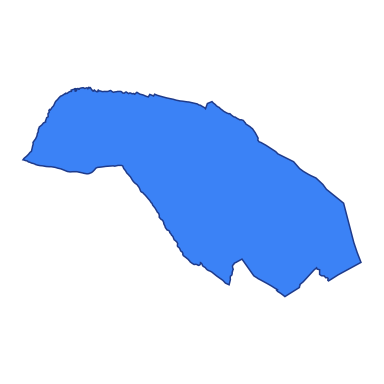 outline of Negresti, Neamt, Romania
{"feature_id": "2599482B27531373518926", "entity_name": "Negresti", "entity_type": "district", "adm_level": 2, "iso_a3": "ROU", "parent_name": "Romania", "parent_adm1": "Neamt", "projection": "equal_earth", "projection_center": [26.323, 47.038], "detail": "fine", "context": "isolated", "style": "filled", "palette": "blue", "viewbox_px": 384, "rotation_deg": 0, "n_neighbors": 0, "source": "geoboundaries", "source_scale": "gbopen_adm2", "svg_char_len": 5687}
<svg xmlns="http://www.w3.org/2000/svg" viewBox="0 0 384 384"><path d="M357.2,252.6L353.8,242.5L343.6,203.2L326.4,189.3L322.9,184.5L316.0,178.0L311.2,175.8L308.5,174.4L303.4,171.4L299.6,168.6L293.6,161.7L277.9,153.9L275.7,151.6L266.0,145.3L260.8,142.4L259.2,141.9L257.8,140.2L258.1,138.1L255.2,132.7L252.4,128.6L251.6,128.1L249.9,126.6L246.0,124.1L245.6,123.5L245.1,122.6L244.6,122.2L244.3,121.7L243.2,120.4L241.0,119.7L240.0,119.9L236.8,118.2L235.4,117.2L235.2,117.1L234.7,117.1L233.8,116.8L233.1,116.4L231.3,115.0L230.7,114.5L230.6,114.3L229.8,113.6L229.0,113.8L227.0,113.1L223.9,111.4L223.2,110.9L222.6,110.3L221.3,109.4L220.3,108.6L219.9,108.2L219.3,107.5L218.2,107.0L216.2,105.7L215.7,104.9L214.5,103.9L213.5,103.2L212.0,101.6L207.4,103.5L205.5,108.7L204.7,107.8L201.2,105.8L200.6,105.3L199.0,105.0L197.2,103.9L188.9,102.0L187.4,101.9L182.7,101.2L179.7,100.9L178.9,100.7L176.3,100.2L173.3,99.3L166.6,97.9L159.6,96.0L157.3,95.3L154.6,94.2L153.6,96.0L149.8,94.4L148.3,96.9L146.2,96.3L143.0,94.9L139.8,94.1L136.9,92.3L136.5,92.7L135.2,93.6L134.8,94.3L134.4,94.2L134.1,94.0L133.7,93.5L133.3,93.5L132.5,93.8L131.8,93.7L131.2,93.3L130.4,93.0L129.9,92.9L128.6,93.6L126.2,92.0L125.4,92.2L124.4,93.1L123.9,93.2L123.3,93.0L122.6,92.9L121.6,91.8L121.0,91.5L120.3,91.4L119.2,91.4L118.7,91.5L118.3,91.4L117.7,91.4L116.8,91.7L114.4,92.0L113.7,92.3L113.4,92.3L112.1,91.6L111.6,91.3L111.0,90.7L110.5,90.5L109.8,90.7L108.7,91.2L108.0,91.4L107.3,91.5L105.7,91.5L104.9,91.4L103.0,91.6L102.5,91.6L101.9,91.5L100.5,91.0L99.2,90.9L98.9,90.7L98.5,90.1L98.3,90.0L98.1,90.1L97.9,90.5L98.0,91.0L98.0,91.5L97.4,91.7L96.6,91.7L95.9,91.2L95.1,90.9L94.6,90.2L94.3,90.0L93.6,91.0L93.3,91.1L93.0,91.1L92.8,90.5L92.7,90.4L92.0,90.1L91.9,89.9L91.4,89.3L91.2,88.9L90.9,88.5L90.4,88.2L90.0,88.1L90.4,87.9L90.5,87.8L90.4,87.6L89.8,87.5L89.1,87.6L88.7,87.4L88.0,88.5L87.9,88.2L87.6,88.2L87.0,87.8L86.4,87.9L84.9,88.5L84.4,88.4L84.2,88.2L83.8,87.9L83.1,87.7L82.5,87.8L81.1,88.0L80.4,88.2L79.4,88.6L79.3,88.9L79.3,89.2L79.0,89.3L78.7,89.3L78.5,89.2L78.3,88.8L78.0,88.5L77.4,88.6L76.8,89.1L76.5,90.4L76.2,90.9L75.4,91.2L75.1,91.1L75.0,90.8L75.5,89.9L75.8,88.7L75.1,88.6L74.6,88.8L74.4,89.2L74.2,89.3L73.7,89.3L71.2,90.1L71.4,90.9L71.4,91.4L70.3,91.4L69.1,91.9L68.1,92.6L67.2,93.4L66.6,93.3L66.0,93.6L65.3,93.8L65.3,93.5L61.9,95.7L60.5,96.2L58.7,98.1L57.6,99.5L56.1,100.9L55.5,101.7L55.2,102.2L53.6,105.8L52.0,107.5L51.4,108.5L50.8,109.3L50.4,109.8L50.3,109.6L49.7,109.4L49.3,109.8L48.9,110.5L49.2,112.1L48.8,112.8L48.1,113.4L48.0,113.8L48.0,114.3L48.1,115.4L48.2,116.2L48.2,116.6L47.9,117.0L46.7,117.6L46.1,119.4L45.6,120.6L45.5,121.3L45.6,121.9L45.1,122.0L44.6,122.5L43.5,122.9L41.8,125.0L39.2,127.1L39.1,127.9L38.7,128.6L38.4,129.4L38.2,131.2L38.2,131.9L37.6,133.0L37.2,134.0L37.2,134.9L36.7,136.5L35.6,138.8L34.4,140.4L33.0,142.4L33.2,144.1L32.6,146.0L32.2,148.0L31.4,151.3L30.0,152.4L28.5,154.3L26.5,156.3L24.9,157.6L23.9,158.5L23.0,159.8L24.0,160.0L25.5,160.6L27.0,160.9L27.5,161.1L28.2,161.8L28.6,162.0L29.7,162.2L31.6,163.1L33.3,163.5L33.6,163.6L34.8,164.0L35.5,164.5L35.9,164.6L37.5,165.1L39.9,165.6L42.4,165.8L46.1,166.5L49.0,166.7L50.5,166.7L51.1,166.7L55.3,167.4L57.9,168.2L61.0,168.9L67.4,171.5L70.1,171.9L72.9,171.7L76.9,171.7L82.5,172.9L83.9,173.3L86.8,173.8L87.7,173.8L89.0,173.6L91.4,172.6L92.3,172.0L93.3,171.1L95.1,169.2L95.4,168.6L95.7,168.3L96.8,167.7L97.6,167.4L101.5,167.0L105.7,166.4L112.3,165.9L113.3,165.8L114.1,166.1L115.0,166.1L118.0,165.4L119.0,165.4L121.2,165.4L121.8,165.5L122.6,165.9L122.9,166.3L123.2,167.3L123.8,168.6L125.5,170.7L126.8,173.0L128.2,174.4L129.0,175.2L129.2,175.6L130.3,176.6L132.3,180.0L132.9,180.9L133.7,181.9L134.8,183.0L136.3,184.1L137.4,185.0L138.2,186.3L138.9,187.1L139.5,188.3L140.6,191.0L140.9,191.5L141.3,191.9L141.8,192.2L142.7,192.5L143.6,193.6L144.7,194.6L146.5,196.6L148.3,198.8L149.8,200.5L150.8,202.1L151.3,202.8L151.9,203.2L152.2,203.8L152.6,205.0L153.3,205.9L155.1,208.1L155.3,208.5L157.0,211.4L157.3,212.1L158.4,213.1L159.0,214.2L159.3,215.7L159.2,217.2L159.7,217.8L161.2,219.5L162.4,220.1L162.8,220.6L163.3,221.8L163.7,222.4L163.7,223.3L164.1,224.5L164.5,225.2L165.1,226.5L165.3,227.5L167.1,230.0L167.9,230.2L168.9,230.7L169.5,231.3L169.7,231.7L169.7,232.5L171.2,234.3L171.5,235.1L172.3,235.8L173.0,236.7L173.7,238.6L174.2,239.8L175.5,240.7L175.9,241.2L176.7,241.8L177.7,243.6L177.5,244.4L177.4,245.8L177.6,246.5L179.3,247.9L179.9,249.0L180.7,250.9L181.4,251.5L182.2,252.0L182.6,252.8L182.9,253.6L182.8,254.4L183.0,254.7L183.1,255.2L183.3,255.6L185.2,257.0L185.7,257.4L186.1,257.6L186.7,258.2L187.9,259.1L189.4,260.8L189.9,261.3L190.0,261.7L191.0,262.5L192.1,263.3L194.1,264.5L195.8,264.3L197.4,264.7L197.6,265.0L198.8,265.4L199.3,265.1L200.0,264.7L200.4,263.9L200.5,262.7L201.3,263.2L201.7,263.7L202.1,264.4L202.7,265.9L203.8,266.7L205.2,267.5L206.3,268.9L207.0,269.6L208.4,270.5L209.6,270.9L211.6,271.9L216.7,276.0L221.1,279.1L222.8,280.3L223.6,281.1L225.4,283.1L229.1,284.8L230.4,279.5L230.2,277.9L230.4,276.2L231.7,275.2L232.1,274.0L232.2,272.2L232.7,270.8L232.7,270.4L233.2,269.5L233.1,268.9L232.7,268.0L232.5,266.5L232.5,265.8L233.2,264.8L233.5,264.4L234.0,264.0L234.1,263.8L234.1,263.5L234.3,263.2L236.6,262.1L237.0,261.8L242.0,259.1L253.8,275.8L254.5,276.3L256.5,277.5L258.2,278.7L260.7,280.0L267.3,283.6L271.5,286.0L274.6,288.0L275.5,288.5L276.7,289.2L277.4,289.7L276.6,290.2L277.6,291.4L280.8,293.4L283.3,295.3L284.9,296.6L289.0,294.0L299.4,287.5L299.4,286.9L300.0,285.2L299.9,284.5L303.2,281.8L314.0,270.0L316.6,267.8L317.1,269.1L319.6,269.7L319.6,274.4L321.4,275.7L324.1,275.9L325.8,277.8L327.1,277.6L328.1,278.4L327.8,280.2L328.5,280.9L331.3,279.2L338.2,274.8L361.0,262.4L357.2,252.6Z" fill="#3b82f6" stroke="#1e3a8a" stroke-width="1.5"/></svg>